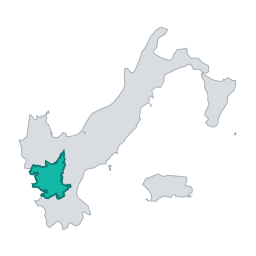 Lombardia, Bergamo, Italy (highlighted), rotated 268°
{"feature_id": "23120603B71310509030930", "entity_name": "Lombardia", "entity_type": "district", "adm_level": 2, "iso_a3": "ITA", "parent_name": "Italy", "parent_adm1": "Bergamo", "projection": "natural_earth1", "projection_center": [9.792, 45.657], "detail": "fine", "context": "in_parent", "style": "filled", "palette": "teal", "viewbox_px": 256, "rotation_deg": 268, "n_neighbors": 0, "source": "geoboundaries", "source_scale": "gbopen_adm2", "svg_char_len": 8460}
<svg xmlns="http://www.w3.org/2000/svg" viewBox="0 0 256 256"><g transform="rotate(268 128 128)"><path d="M35.4,42.8L37.1,43.7L43.8,41.7L47.9,42.9L51.3,40.9L53.5,37.9L53.0,35.6L58.4,32.0L58.9,36.1L61.9,38.9L64.8,39.6L64.2,41.3L67.0,44.8L68.2,44.4L68.5,43.8L67.8,40.9L71.9,35.3L72.1,31.3L72.8,30.9L74.8,31.2L76.5,34.9L83.2,33.7L85.5,36.5L86.5,36.0L84.8,31.2L85.6,28.8L87.4,28.3L88.6,29.5L91.2,29.8L91.3,28.4L90.7,27.4L91.5,23.3L95.4,23.6L97.7,25.1L100.4,25.1L102.6,21.8L104.4,21.0L113.1,20.7L119.5,18.8L120.0,19.2L118.9,20.8L119.3,21.8L123.1,26.6L144.6,30.4L144.3,31.6L139.8,34.6L139.4,35.8L140.1,36.8L143.6,37.5L141.3,40.4L141.3,41.5L143.2,41.6L142.9,45.1L145.2,46.2L147.8,49.2L145.3,49.8L146.3,49.0L143.7,46.0L141.0,47.3L136.8,46.0L133.9,48.8L124.1,52.3L125.8,50.7L125.1,50.7L121.5,52.8L120.8,57.0L123.6,61.2L125.8,62.7L124.8,65.3L123.5,66.3L121.8,65.6L121.3,67.9L122.3,74.0L123.8,78.3L128.8,83.1L132.3,84.6L143.3,91.9L147.4,100.1L151.0,110.4L154.0,114.3L160.0,119.8L165.5,123.8L170.6,126.3L183.9,126.2L187.3,127.1L187.8,128.8L187.2,130.0L183.3,132.9L183.1,135.2L185.0,136.8L194.1,141.1L203.5,144.7L209.8,149.4L218.0,153.3L224.5,159.3L226.8,162.4L227.3,164.9L225.9,169.1L225.1,170.9L220.5,168.4L216.7,161.2L208.8,159.9L206.4,158.7L205.1,156.5L202.6,156.3L200.9,157.4L196.7,164.2L194.5,170.1L194.4,172.4L195.7,174.7L199.6,176.0L204.6,180.2L204.9,185.3L205.8,188.3L204.6,189.9L202.1,189.5L198.8,190.6L196.5,192.5L195.5,194.3L195.4,200.7L191.0,204.1L187.3,210.6L181.7,210.7L180.3,208.7L180.2,205.7L181.1,203.9L183.2,203.0L184.5,199.2L184.0,196.4L184.8,195.2L189.4,193.3L189.5,189.5L187.7,187.7L186.1,180.8L180.3,167.3L178.4,166.0L173.5,165.6L167.7,162.0L167.3,160.6L168.2,159.1L167.5,157.2L165.6,153.8L164.4,153.0L157.3,154.5L159.2,151.7L156.7,149.9L152.2,149.9L152.3,148.7L149.0,143.2L146.9,141.0L138.7,139.9L136.1,140.8L132.0,137.4L128.3,136.1L118.9,126.2L114.4,123.2L111.6,118.9L105.9,116.0L103.3,116.7L102.6,116.2L104.0,115.3L103.7,113.7L99.8,109.4L97.6,108.0L96.0,105.3L92.8,104.6L92.9,99.6L91.7,96.1L89.5,93.2L88.3,86.1L87.3,84.1L85.0,82.5L79.8,80.8L72.5,76.3L63.8,74.1L60.3,75.7L51.2,85.5L42.7,87.8L42.5,85.8L45.8,81.2L45.1,79.5L39.9,80.1L33.0,75.9L32.1,72.3L34.1,68.8L35.2,68.0L34.6,65.7L30.5,63.7L28.8,60.6L28.7,59.6L29.8,59.0L32.2,59.2L36.1,57.1L37.3,54.1L31.5,46.6L31.8,45.1L35.4,42.8ZM125.4,85.0L125.6,83.2L123.9,84.3L124.4,85.2L125.4,85.0ZM180.0,203.7L173.4,214.0L171.2,220.9L171.6,223.5L173.5,225.4L172.6,226.2L174.7,229.4L174.7,230.3L171.7,234.0L171.7,237.2L166.0,236.8L161.3,234.9L158.9,231.2L157.0,229.6L155.0,228.4L151.0,228.5L149.2,227.7L138.3,220.4L134.1,218.5L129.3,218.0L127.3,216.4L125.8,213.2L127.6,208.3L130.8,205.5L133.7,208.7L136.1,207.6L136.3,206.6L138.0,205.4L140.2,205.4L148.7,209.8L153.2,208.6L157.2,209.1L160.9,208.4L165.7,205.9L171.3,206.2L177.7,203.2L180.0,203.7ZM78.1,148.5L81.0,156.5L78.3,161.4L79.3,166.7L76.9,184.7L75.6,185.3L68.3,183.2L67.7,187.3L66.8,189.0L65.3,190.1L61.4,189.8L57.5,183.9L57.2,178.0L58.0,176.3L58.1,173.0L59.6,172.8L59.8,170.5L58.9,169.3L57.4,168.8L57.4,166.3L58.5,164.3L58.5,160.9L56.6,156.5L53.8,153.3L54.4,147.8L56.8,149.2L60.3,149.1L64.5,147.0L71.3,140.6L72.2,141.7L75.1,142.8L77.8,145.6L76.8,147.4L78.1,148.5ZM90.8,106.9L91.4,108.2L91.2,109.9L89.8,108.9L86.4,109.3L86.1,108.4L90.2,107.6L90.8,106.9ZM58.5,186.8L57.6,188.9L56.5,186.1L56.6,185.8L58.5,186.8ZM56.5,143.8L54.9,146.1L54.1,146.0L56.1,143.4L56.5,143.8ZM119.4,235.8L117.5,235.3L117.4,234.3L118.9,234.4L119.4,235.8ZM150.9,151.5L149.3,152.1L149.3,151.0L150.9,151.5Z" fill="#d9dde1" stroke="#a8b0b8" stroke-width="1"/><path d="M71.0,68.6L71.7,68.6L71.5,68.3L71.6,68.0L72.0,68.7L73.1,68.5L72.8,68.2L73.2,67.6L72.5,67.1L72.4,66.9L72.9,66.6L73.0,66.2L73.7,65.8L73.5,65.4L73.3,64.8L72.6,64.6L72.5,64.3L72.3,64.2L72.6,63.7L72.4,63.5L73.0,63.2L73.4,62.1L73.7,62.0L73.9,61.6L73.9,61.0L74.3,60.5L74.5,60.5L74.5,60.3L74.9,60.4L75.0,60.1L75.9,59.9L76.5,60.4L76.8,60.1L76.6,59.5L76.7,59.3L77.1,59.9L77.4,60.0L77.8,59.7L77.9,59.3L78.1,59.3L78.3,59.6L78.2,60.3L78.9,60.4L79.5,60.8L80.1,60.4L80.0,59.7L80.6,60.2L81.1,60.4L81.2,60.9L81.3,61.0L81.5,60.8L81.5,60.1L81.9,60.1L82.2,60.5L82.5,60.4L82.6,60.1L82.2,59.7L82.2,59.4L82.9,59.2L82.8,60.0L84.0,59.3L84.7,60.1L84.5,60.5L85.0,60.8L85.0,61.2L85.5,61.1L85.7,61.5L85.9,61.6L86.8,61.1L87.3,61.5L87.7,61.3L88.4,61.7L88.7,62.1L89.2,62.1L89.3,62.3L90.1,62.8L90.9,62.4L91.4,63.2L92.8,63.9L93.6,64.0L94.5,63.6L95.5,62.3L95.6,62.9L96.2,62.2L96.4,62.5L96.4,63.1L97.9,63.4L98.2,63.6L98.4,63.5L98.6,63.8L99.0,63.7L98.9,63.9L99.3,63.6L99.7,63.7L100.6,63.0L101.6,63.1L101.9,62.8L102.6,63.0L103.2,63.5L104.7,63.1L105.2,63.3L105.3,63.0L105.6,62.8L106.5,63.1L106.9,62.9L107.3,63.1L107.7,63.1L107.5,62.8L106.2,62.3L105.7,61.8L105.2,61.7L105.0,61.4L105.1,61.1L105.0,60.9L104.6,61.2L104.0,60.8L103.5,60.8L103.5,60.5L103.8,60.3L103.6,60.2L104.0,59.7L103.1,59.4L102.7,59.9L102.3,59.7L102.2,59.9L102.3,60.1L101.9,60.0L101.1,59.5L101.5,58.9L101.2,58.9L101.1,58.7L100.6,58.9L100.6,58.2L100.4,57.9L99.6,57.6L99.6,57.2L98.1,56.7L97.8,56.1L97.1,55.5L96.3,56.1L96.2,56.0L96.2,55.5L95.8,55.5L95.9,55.1L95.5,54.9L95.5,54.7L95.9,54.4L95.7,54.1L96.0,53.8L95.9,53.4L95.1,53.1L94.9,53.4L94.9,52.9L94.4,52.9L94.8,52.7L94.5,49.4L95.8,48.0L98.0,44.7L97.2,44.7L96.9,44.5L96.6,44.8L96.2,44.5L95.8,44.6L95.6,44.5L95.3,44.8L94.9,44.7L95.0,44.9L94.7,45.3L94.2,45.3L93.2,45.7L92.9,45.6L93.0,45.3L92.8,45.3L93.1,45.0L92.4,44.7L92.4,43.8L92.2,43.6L92.5,42.9L92.1,42.4L92.2,41.8L91.6,41.7L91.6,41.4L91.7,41.0L92.1,40.7L92.0,40.1L93.0,39.1L93.2,38.6L93.1,38.2L93.4,37.8L93.0,37.3L93.5,36.6L93.5,36.4L93.8,36.1L93.6,35.5L93.3,35.3L93.6,35.0L93.4,34.7L93.4,34.4L92.6,34.0L92.7,33.8L93.0,33.8L93.0,33.7L93.4,33.4L94.1,33.3L94.5,32.9L94.3,32.6L94.3,31.9L94.0,31.5L93.1,31.0L91.9,30.9L91.6,30.6L91.6,30.2L91.0,29.8L90.7,29.9L89.9,29.7L89.7,29.9L89.0,29.8L88.8,29.4L88.1,29.2L88.1,28.9L88.4,28.6L88.1,28.0L87.6,28.4L87.3,28.2L86.3,28.6L85.8,28.5L85.8,29.1L85.5,29.3L85.5,29.5L84.9,30.0L85.0,30.4L84.9,30.7L85.0,30.8L84.9,31.3L85.0,31.6L84.8,32.0L85.5,32.5L86.3,32.2L86.9,32.7L86.8,33.2L86.3,33.4L86.3,33.7L85.9,33.9L85.9,34.3L86.1,34.7L86.7,35.1L87.1,35.9L86.3,36.5L85.7,36.5L85.3,36.7L84.9,36.4L85.2,36.1L85.1,35.7L84.1,35.3L84.2,34.7L83.9,34.5L84.1,33.9L83.6,33.7L83.5,33.4L82.9,33.6L82.6,33.3L82.0,33.7L81.4,33.7L80.5,34.3L79.9,33.9L79.6,34.1L79.7,34.3L79.5,34.5L79.5,35.1L79.1,35.1L78.9,34.9L78.3,35.3L77.9,35.3L76.7,34.9L76.2,34.3L75.9,33.7L75.4,33.4L75.5,33.1L75.2,32.5L75.4,31.4L75.4,31.2L75.2,31.2L75.3,31.2L75.4,30.6L74.9,30.9L74.5,31.5L74.0,31.1L73.9,30.8L73.7,30.6L72.4,30.9L72.3,31.2L72.4,31.6L71.9,31.9L71.9,32.2L72.4,32.7L72.3,33.0L72.5,33.2L72.3,33.6L72.7,33.8L72.6,34.3L72.4,34.8L72.5,35.1L71.9,35.7L71.9,36.4L71.4,36.4L71.4,36.8L71.1,36.9L71.0,37.5L70.8,37.7L70.4,37.7L69.8,38.4L69.0,38.7L69.3,39.4L69.1,39.9L68.2,40.1L67.9,40.5L68.3,41.4L67.6,41.8L68.0,42.1L68.1,42.7L68.8,42.9L69.0,43.1L69.0,43.3L68.7,43.9L68.3,44.9L68.1,45.0L67.7,44.9L67.7,44.7L67.3,44.7L67.1,44.5L66.3,44.8L66.5,44.4L66.9,44.0L66.7,43.9L66.6,43.2L66.0,42.7L66.1,42.1L65.6,42.0L65.0,41.5L64.3,41.5L64.6,40.8L65.0,40.5L65.1,40.3L65.2,40.2L65.4,39.9L65.4,39.7L64.6,39.1L64.3,39.3L63.9,39.1L63.6,38.7L63.0,39.3L63.3,40.8L60.7,43.3L61.1,44.7L60.9,45.1L60.5,45.3L60.4,45.8L61.1,46.8L61.9,47.0L62.1,47.2L61.9,47.9L62.5,48.0L62.4,48.3L62.6,48.8L62.2,48.8L62.2,49.1L62.5,49.1L62.9,49.5L62.9,49.8L62.7,50.0L62.9,50.2L63.1,51.0L63.1,51.3L63.3,51.6L64.3,51.9L64.3,52.4L64.6,52.8L64.6,53.0L64.9,53.0L65.2,53.8L64.6,53.9L64.5,54.2L63.9,53.9L63.8,54.2L63.1,54.2L63.2,54.3L63.8,54.8L63.5,55.1L63.2,55.1L63.1,55.7L62.7,56.0L62.2,56.0L62.1,55.2L61.7,55.0L61.7,54.8L61.5,54.6L60.8,54.8L60.4,54.5L60.0,54.9L60.1,55.5L59.7,55.5L59.5,56.0L59.8,56.0L59.8,56.3L60.1,56.3L60.1,56.7L60.2,56.8L59.9,56.7L59.9,56.9L60.4,57.0L60.0,57.1L59.9,57.4L60.3,57.8L59.9,57.9L60.3,58.0L60.8,57.7L60.8,57.8L60.4,58.1L60.2,58.5L60.4,58.6L60.4,58.8L60.8,58.9L61.0,59.3L61.4,59.4L61.3,59.8L61.9,60.5L61.9,60.9L61.7,61.2L62.0,61.3L62.1,61.7L62.4,61.4L62.7,61.6L63.0,61.3L63.2,61.6L63.6,61.6L63.6,61.9L63.9,61.8L64.0,61.9L64.1,61.6L64.4,61.6L64.4,61.3L64.7,61.4L64.8,61.3L64.8,61.1L65.1,61.2L65.5,61.1L65.9,60.8L66.1,61.0L66.1,61.9L66.3,62.3L67.1,62.3L67.4,63.0L67.2,63.2L67.6,63.5L67.7,64.0L68.2,64.4L68.6,64.4L68.9,64.9L68.5,65.2L68.9,65.6L68.9,65.9L69.3,65.8L69.5,66.1L70.4,65.9L70.3,66.0L70.6,66.3L70.5,66.8L71.2,67.2L71.0,68.6ZM72.5,68.3L72.5,68.2L72.7,68.3L72.5,68.3ZM67.4,41.6L67.2,41.6L67.1,42.0L67.4,42.0L67.4,41.6ZM62.8,61.8L62.9,61.7L62.8,61.8Z" fill="#14b8a6" stroke="#0f766e" stroke-width="1.5"/></g></svg>